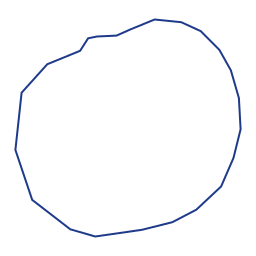 outline of Aba, Orientale, Democratic Republic of the Congo
{"feature_id": "63176286B20411552692002", "entity_name": "Aba", "entity_type": "district", "adm_level": 2, "iso_a3": "COD", "parent_name": "Democratic Republic of the Congo", "parent_adm1": "Orientale", "projection": "orthographic", "projection_center": [30.241, 3.859], "detail": "fine", "context": "isolated", "style": "outline", "palette": "blue", "viewbox_px": 256, "rotation_deg": 0, "n_neighbors": 0, "source": "geoboundaries", "source_scale": "gbopen_adm2", "svg_char_len": 391}
<svg xmlns="http://www.w3.org/2000/svg" viewBox="0 0 256 256"><path d="M80.1,50.8L47.3,64.2L21.6,92.7L15.4,149.9L32.2,199.9L70.3,229.3L95.2,236.5L141.9,229.8L172.3,222.2L196.3,209.7L221.1,186.5L233.5,157.9L240.6,129.3L238.9,98.1L230.9,70.4L219.4,49.9L200.7,31.1L181.2,22.2L154.6,19.5L130.7,29.3L116.5,35.6L97.0,36.5L88.1,38.3L80.1,50.8Z" fill="none" stroke="#1e3a8a" stroke-width="2"/></svg>